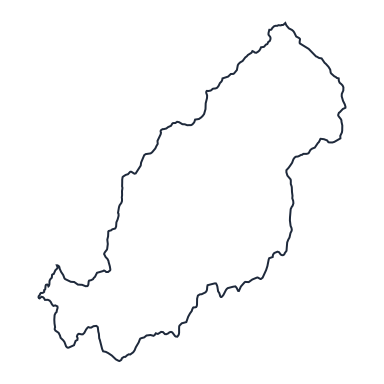 Bagadó, Chocó, Colombia
{"feature_id": "7082276B12521758233842", "entity_name": "Bagadó", "entity_type": "district", "adm_level": 2, "iso_a3": "COL", "parent_name": "Colombia", "parent_adm1": "Chocó", "projection": "equal_earth", "projection_center": [-76.226, 5.511], "detail": "fine", "context": "isolated", "style": "outline", "palette": "slate", "viewbox_px": 384, "rotation_deg": 0, "n_neighbors": 0, "source": "geoboundaries", "source_scale": "gbopen_adm2", "svg_char_len": 5911}
<svg xmlns="http://www.w3.org/2000/svg" viewBox="0 0 384 384"><path d="M296.2,36.5L294.2,32.4L293.3,31.1L291.9,29.9L288.9,28.4L286.4,25.4L285.3,23.0L283.4,24.8L282.8,25.0L281.5,25.0L280.9,25.4L278.4,25.2L277.3,25.8L275.5,25.8L274.0,26.3L272.2,28.1L271.5,29.4L270.9,29.8L269.3,29.8L268.5,33.1L268.5,34.7L270.2,36.9L270.5,37.9L270.5,38.7L270.3,39.7L269.6,41.2L268.4,41.8L267.3,44.1L265.9,44.6L264.2,46.6L263.7,46.9L261.0,47.3L260.4,48.8L259.4,50.5L257.9,51.8L256.2,52.8L254.7,52.5L253.6,51.6L252.4,51.1L251.6,52.6L251.1,53.0L247.9,55.0L246.7,56.4L245.3,57.4L242.6,61.0L240.2,62.4L238.6,63.9L237.8,65.2L236.9,70.0L234.0,73.5L233.3,73.9L230.8,74.0L228.1,76.6L222.5,78.4L222.2,80.0L221.5,81.5L219.9,83.1L218.7,85.7L217.2,87.7L215.7,88.4L213.1,88.7L212.6,88.9L211.3,90.2L210.5,90.6L208.4,91.0L206.8,90.9L206.4,91.4L206.2,92.3L206.3,93.1L207.1,95.3L207.1,96.2L207.0,98.1L205.7,103.2L205.5,109.1L204.1,114.0L202.8,115.8L201.2,117.4L198.9,119.0L195.1,119.6L194.4,121.9L194.0,122.6L192.4,124.4L191.1,125.1L187.2,125.2L184.8,124.3L182.4,124.2L179.1,122.2L177.1,121.8L175.4,123.0L173.0,123.1L172.3,123.6L171.0,125.8L168.1,127.1L166.3,128.5L163.8,129.1L162.7,129.1L161.3,129.9L160.7,130.7L160.6,131.7L161.0,132.7L160.6,134.4L157.5,140.9L157.7,143.9L156.4,146.1L155.3,148.5L152.1,152.3L150.6,153.4L145.7,154.1L144.2,155.2L141.1,162.6L140.7,165.6L135.7,173.4L134.4,173.7L131.4,171.8L130.7,171.7L130.1,171.9L128.0,174.2L125.7,174.9L123.2,176.5L122.6,177.1L122.2,179.7L122.2,182.1L122.1,186.5L122.4,187.5L122.4,188.5L122.0,191.1L122.1,195.2L121.8,197.5L122.0,198.9L122.0,201.0L121.4,202.8L119.6,205.3L119.0,207.1L118.0,212.9L118.5,213.6L118.6,215.8L117.6,219.5L116.4,222.3L116.1,226.6L115.4,228.2L115.0,228.6L112.3,229.3L111.2,230.3L108.7,231.0L108.3,231.5L108.1,236.3L107.3,239.7L107.8,244.0L107.2,248.7L107.0,249.5L104.7,252.5L104.1,254.0L105.6,257.0L107.5,259.0L108.5,261.1L108.6,262.0L109.8,266.2L110.3,269.2L110.3,269.9L110.1,270.4L108.1,272.0L106.2,272.0L105.2,271.1L104.0,270.5L102.9,271.1L97.0,272.8L95.0,276.8L93.8,277.9L93.0,279.2L91.0,280.2L89.1,280.6L88.7,281.3L88.3,284.7L87.8,285.7L87.4,286.1L85.6,286.2L82.0,284.8L77.9,284.6L74.2,282.0L70.8,281.8L65.2,279.1L64.5,278.4L63.2,275.0L61.1,271.9L59.6,268.5L59.4,267.1L58.8,266.2L58.4,265.8L58.0,265.8L57.4,265.3L56.8,265.3L57.5,267.0L57.5,267.9L56.9,268.8L55.4,270.2L53.7,274.0L52.6,274.3L52.1,274.8L51.8,277.7L50.5,279.0L49.7,280.4L49.5,281.4L49.4,284.2L49.0,285.7L48.4,286.3L47.9,285.0L47.2,284.5L46.0,284.8L45.6,285.7L45.2,289.3L44.6,290.0L44.1,290.2L44.2,291.8L43.5,292.5L42.1,293.0L41.0,292.9L40.2,293.7L39.9,294.7L38.7,296.2L38.5,297.2L38.9,298.1L39.6,298.4L41.4,296.8L42.8,297.1L43.7,297.8L45.0,299.9L47.8,299.8L49.6,300.6L51.0,302.3L51.4,303.4L52.4,304.9L53.4,305.9L55.3,305.4L57.4,306.4L57.6,307.4L57.5,308.2L56.8,310.6L56.6,312.0L55.5,313.1L54.6,315.1L54.3,319.6L54.5,323.5L55.1,327.3L54.8,328.1L54.7,329.3L55.4,330.6L58.6,332.8L60.0,335.6L60.6,337.8L63.3,340.4L64.5,342.1L66.1,346.4L67.1,347.4L67.7,347.7L68.5,347.7L74.0,345.2L75.6,340.9L77.4,339.9L77.6,338.1L76.9,336.5L77.4,335.0L78.4,333.9L79.0,333.8L81.2,334.3L82.8,334.3L84.3,332.9L86.1,329.5L87.7,327.5L88.4,327.1L89.8,327.6L91.2,327.6L93.5,326.2L96.3,325.9L97.5,326.8L97.8,327.3L98.3,331.6L98.9,333.9L99.2,338.3L99.8,339.8L102.1,348.9L103.1,351.3L105.9,351.9L108.2,353.1L111.8,355.5L115.9,359.4L118.6,360.8L119.5,361.0L121.0,360.1L121.5,359.5L121.8,358.4L122.5,357.8L124.0,356.9L125.3,356.9L127.2,355.2L128.8,354.3L130.2,354.5L133.2,352.3L134.6,350.3L135.8,347.3L138.7,342.4L139.9,339.2L140.3,338.6L141.5,338.1L144.2,337.4L146.5,335.5L150.5,335.0L153.5,335.8L154.6,335.1L155.8,333.3L157.5,333.9L158.2,333.8L161.1,331.9L163.0,332.1L164.9,334.1L166.3,334.2L168.0,333.5L169.5,332.3L171.0,331.9L172.3,332.4L175.0,336.0L175.7,336.5L177.3,336.7L178.5,335.1L178.9,334.1L179.1,332.7L179.1,328.1L179.2,326.4L179.5,325.6L181.8,323.3L186.3,322.1L188.2,316.7L190.0,313.4L191.7,311.1L192.2,309.5L193.0,307.8L193.4,307.4L194.9,307.4L196.2,307.0L196.6,306.4L197.0,304.9L197.1,298.7L197.9,295.6L199.8,294.4L201.7,294.2L205.4,292.4L206.3,291.4L206.8,290.3L207.0,289.4L207.3,286.4L207.6,285.2L214.7,283.4L215.9,283.4L216.6,284.5L217.3,286.3L218.1,291.3L219.3,293.1L220.3,296.4L220.9,297.0L221.5,297.0L222.3,296.3L223.5,294.8L225.9,290.1L226.8,288.9L227.8,288.1L233.2,286.7L235.4,286.4L236.6,287.8L238.1,290.9L238.9,291.0L240.9,286.5L244.5,282.4L245.2,281.9L248.7,282.1L252.3,279.5L256.9,277.6L257.7,277.5L260.4,279.0L260.9,279.0L262.6,277.7L266.1,270.1L267.4,266.1L268.7,259.5L269.2,258.2L272.7,257.0L272.9,255.2L273.2,254.4L274.3,253.0L277.5,251.7L279.0,252.2L280.7,254.5L281.5,255.0L282.3,255.2L283.2,255.1L283.9,254.7L284.5,253.9L284.8,253.1L286.5,250.8L287.2,242.4L288.3,239.6L289.5,237.5L290.5,233.0L291.5,231.1L291.8,229.9L291.5,228.0L290.6,225.9L289.9,220.4L290.0,217.3L290.7,209.1L291.9,206.6L292.6,205.8L293.4,203.3L293.2,200.9L292.3,198.3L292.5,195.8L292.0,192.0L291.8,187.5L291.6,186.3L290.8,184.0L290.8,180.6L290.6,179.4L287.4,175.6L286.4,172.3L286.4,170.2L288.6,167.8L290.2,165.6L292.1,162.8L293.4,159.3L294.7,157.5L295.9,156.7L297.9,156.5L298.9,156.1L301.1,154.9L302.1,154.8L303.3,153.9L306.4,153.9L308.0,153.5L308.8,152.9L310.2,150.3L310.7,149.7L312.2,148.6L314.8,147.6L317.9,143.0L318.8,142.2L320.0,139.9L320.2,139.2L320.6,138.8L323.9,139.2L327.1,140.4L328.4,142.2L329.1,142.4L332.3,142.5L334.3,141.9L340.4,138.4L340.3,135.8L341.9,132.5L342.2,130.6L342.3,125.5L341.5,121.8L341.4,120.3L340.9,119.2L338.8,116.5L338.2,115.5L338.2,114.8L338.9,112.8L339.9,112.1L342.8,109.0L345.4,107.8L345.5,106.9L344.8,104.4L343.0,100.8L341.7,96.3L341.8,93.9L343.3,90.5L343.4,87.3L342.6,85.5L341.3,84.1L339.7,82.8L339.3,82.0L338.8,80.6L338.7,78.4L336.7,77.9L335.8,77.0L334.3,76.3L331.2,73.5L330.7,72.7L330.2,69.6L328.5,66.8L325.8,63.8L324.6,62.8L321.6,58.4L319.1,58.0L316.9,56.7L316.0,56.4L308.7,48.9L299.8,43.4L299.6,42.1L300.0,39.3L299.8,38.7L299.0,38.0L296.2,36.5Z" fill="none" stroke="#1e293b" stroke-width="2"/></svg>